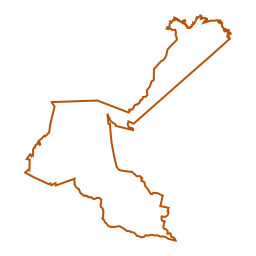 outline of Marín, Nuevo León, Mexico
{"feature_id": "50627088B14710465846711", "entity_name": "Marín", "entity_type": "district", "adm_level": 2, "iso_a3": "MEX", "parent_name": "Mexico", "parent_adm1": "Nuevo León", "projection": "natural_earth1", "projection_center": [-99.927, 25.886], "detail": "fine", "context": "isolated", "style": "outline", "palette": "amber", "viewbox_px": 256, "rotation_deg": 0, "n_neighbors": 0, "source": "geoboundaries", "source_scale": "gbopen_adm2", "svg_char_len": 5789}
<svg xmlns="http://www.w3.org/2000/svg" viewBox="0 0 256 256"><path d="M175.6,240.6L174.9,238.9L174.5,238.4L173.6,237.7L171.4,236.6L171.1,236.0L170.8,234.1L170.7,233.7L170.5,233.3L169.8,233.3L168.2,233.8L167.5,233.8L167.4,233.5L167.6,232.0L167.5,230.8L166.4,229.6L165.6,229.1L164.7,229.0L163.9,228.5L163.5,228.0L163.3,227.5L163.3,226.8L163.6,226.0L163.8,224.1L164.4,222.6L164.7,221.4L164.3,221.1L163.7,221.1L163.3,221.3L162.8,221.1L162.4,220.9L162.0,220.5L161.5,219.1L161.6,218.7L161.5,217.0L161.8,216.4L162.0,216.3L162.4,216.4L163.7,216.8L165.4,216.7L166.6,216.1L167.5,215.2L168.1,214.1L168.4,212.4L168.4,211.5L167.6,211.3L168.5,207.8L167.4,207.7L166.4,207.3L160.3,206.1L162.8,195.6L159.7,194.3L158.3,193.4L156.6,193.1L153.3,192.8L152.1,194.1L150.7,193.9L149.1,191.2L148.4,190.3L148.3,190.0L147.0,188.0L145.4,186.2L144.9,185.1L144.5,182.6L143.4,181.4L141.6,181.1L141.3,178.7L142.2,178.5L142.2,178.2L139.8,176.0L139.6,176.0L138.7,176.3L136.4,176.0L134.7,174.2L131.6,171.6L130.1,171.8L126.4,171.3L121.4,170.6L119.1,169.9L116.7,167.0L114.2,156.7L111.5,142.2L110.1,126.8L110.0,123.8L108.4,123.8L107.6,115.4L107.3,113.6L107.8,115.0L108.6,116.5L108.8,117.4L109.5,118.0L109.8,119.5L110.5,120.7L111.6,121.9L112.3,122.2L112.8,122.8L115.2,124.0L115.6,124.7L115.7,125.2L115.7,125.9L133.1,130.1L133.1,129.1L132.8,128.6L131.0,127.7L130.3,127.9L129.6,127.9L128.6,126.6L128.0,125.1L127.6,124.0L127.8,123.4L128.5,122.1L128.5,121.4L133.6,123.7L192.0,72.2L210.1,56.4L229.7,38.8L228.9,38.5L228.7,38.3L228.7,37.9L229.3,36.9L229.2,36.5L228.9,36.5L228.2,36.8L227.5,36.9L227.3,36.8L227.3,36.3L227.7,35.2L228.0,34.8L228.8,34.1L229.3,33.9L230.0,34.1L230.8,33.7L230.7,33.4L230.1,32.7L229.5,32.4L229.1,32.6L227.9,33.8L227.7,33.8L227.6,33.3L227.7,32.3L227.8,32.0L228.3,31.7L228.6,31.2L228.8,30.4L228.8,30.0L228.6,29.8L228.0,29.8L226.2,31.2L225.4,31.4L224.9,31.4L224.0,30.7L223.9,30.4L224.1,30.0L225.3,29.7L225.8,29.3L225.8,29.2L225.6,28.9L225.2,28.7L224.2,29.3L223.9,29.2L223.4,28.6L223.1,27.7L222.3,26.5L221.9,26.2L221.8,25.2L222.3,23.0L222.2,22.7L221.9,22.5L221.2,23.2L220.9,23.4L220.6,23.4L220.1,23.3L219.5,22.8L218.9,22.6L218.6,22.4L219.0,21.8L219.9,22.1L220.4,21.9L220.6,21.2L220.5,20.8L220.2,20.5L219.9,20.3L218.7,20.3L217.7,20.9L217.5,20.4L216.6,20.2L214.6,20.7L212.4,20.7L211.4,20.5L207.3,21.7L203.4,22.9L205.5,19.9L207.2,20.0L206.9,18.7L205.0,18.1L203.9,17.9L201.9,18.1L201.8,18.8L200.9,18.9L201.6,16.2L200.3,15.4L198.2,17.7L197.0,17.2L196.9,18.2L196.2,18.5L196.4,19.4L194.2,23.5L193.1,22.8L193.1,24.2L192.1,24.7L192.3,25.8L191.7,26.5L191.4,26.3L190.7,26.7L190.9,27.2L190.5,27.6L189.7,27.5L189.6,28.0L187.3,27.8L187.4,26.6L187.1,26.0L186.0,25.9L186.1,24.7L185.4,23.9L184.5,24.1L183.4,22.7L185.3,21.1L184.9,20.2L182.9,20.8L182.7,22.4L182.4,23.0L181.2,21.8L180.1,21.6L179.5,20.4L178.9,21.0L178.1,20.7L177.6,19.0L177.1,18.7L176.2,19.7L175.7,19.6L175.3,17.9L174.3,17.5L174.1,18.9L173.7,19.7L173.9,20.2L173.1,20.0L171.6,22.2L171.1,21.6L170.2,21.5L170.9,22.9L169.8,23.6L169.5,26.6L167.3,27.2L167.4,28.2L166.8,28.7L168.2,29.2L169.7,28.4L171.0,28.8L171.3,29.6L172.7,29.9L175.3,29.7L176.0,32.8L175.5,34.4L176.6,37.7L176.9,39.8L170.5,46.2L167.5,49.5L166.3,55.3L164.6,58.7L163.5,59.8L162.7,60.4L161.0,61.3L158.5,64.0L153.9,69.2L153.8,78.5L153.9,78.9L153.8,79.5L153.4,80.5L152.3,80.8L151.7,81.5L151.0,82.5L150.7,84.0L149.6,87.0L148.7,88.0L147.3,89.7L147.0,90.3L146.9,92.9L147.4,94.4L147.2,95.3L146.6,95.9L146.3,96.1L145.9,96.7L145.5,96.7L145.2,96.9L144.6,96.8L143.1,97.0L142.8,98.2L142.5,98.6L142.2,99.4L141.9,99.8L140.9,100.2L140.3,100.2L140.1,100.4L140.0,101.6L139.5,102.9L138.9,103.1L138.3,103.5L138.2,103.8L137.7,103.8L137.4,103.9L137.2,104.5L136.3,104.7L135.8,104.6L134.2,105.8L134.1,106.7L133.5,107.3L133.1,108.6L132.7,109.0L131.7,109.7L130.2,109.4L129.2,109.7L129.2,110.1L129.7,111.5L128.6,112.5L97.3,100.5L51.8,102.1L52.5,103.6L54.6,106.5L50.2,124.4L49.2,132.4L48.0,133.4L47.5,134.2L45.1,136.3L44.5,135.7L40.5,139.6L38.9,140.8L40.0,143.6L40.2,144.6L39.8,144.9L37.7,142.7L37.3,143.9L36.2,144.9L35.2,145.5L35.1,147.0L34.9,147.3L34.7,147.8L34.3,147.7L34.1,147.8L34.2,148.0L33.0,149.4L33.2,153.5L32.8,154.4L32.8,154.8L32.6,154.5L31.5,156.3L30.1,154.3L27.3,158.2L26.8,159.1L29.7,159.6L29.4,170.1L28.7,169.4L25.2,172.5L33.9,177.3L48.0,183.8L48.6,184.1L50.4,183.4L51.2,185.1L51.8,184.8L51.8,185.0L55.5,183.1L55.7,185.5L74.6,178.7L74.2,180.3L74.7,182.2L74.7,183.1L74.5,184.2L74.6,184.6L75.2,185.4L75.7,186.6L76.6,187.6L77.5,188.3L79.1,189.3L79.1,189.6L78.9,189.9L79.3,190.3L79.9,191.6L80.1,192.6L80.6,192.9L81.4,193.9L82.5,194.4L83.3,195.4L84.2,195.8L85.2,195.4L85.3,195.5L85.1,195.7L85.6,195.9L87.6,196.1L87.8,196.3L87.7,196.8L88.2,197.2L88.7,197.1L90.2,197.4L90.5,197.3L90.8,197.1L91.1,197.1L91.6,197.7L92.0,197.9L92.1,198.2L92.8,198.3L93.7,199.0L94.4,199.0L95.4,198.7L96.9,197.8L98.0,198.0L99.0,197.9L100.3,198.5L101.0,199.6L101.2,200.3L101.1,202.8L100.6,204.7L100.6,205.6L101.1,207.1L102.4,208.2L102.8,209.1L102.8,209.6L103.3,210.7L103.4,211.3L103.2,211.7L103.2,212.6L103.5,213.2L103.1,214.4L103.0,217.1L102.7,218.0L102.4,218.3L102.5,218.7L102.7,219.1L103.8,219.7L104.0,220.3L104.3,220.7L104.6,221.6L104.9,222.1L107.4,224.6L107.9,225.6L109.7,226.7L110.7,226.6L110.8,226.6L110.9,226.8L111.5,227.0L112.8,226.8L113.7,227.1L116.2,226.7L118.2,226.2L119.9,226.3L121.8,227.5L122.8,227.9L124.3,229.1L125.2,229.5L125.7,230.3L127.7,231.2L128.4,231.1L129.3,231.3L130.1,231.3L131.0,232.0L133.6,232.5L135.5,234.0L136.0,234.8L136.4,235.1L137.0,235.9L138.4,236.2L138.8,236.4L139.6,236.5L141.2,237.2L142.7,237.1L144.3,236.6L144.9,236.4L145.4,235.4L146.4,235.2L147.6,235.5L148.0,235.7L148.7,235.6L150.4,234.9L152.2,234.9L154.1,235.4L156.9,235.3L157.9,235.5L159.4,236.0L160.2,236.7L162.1,236.4L163.4,236.6L164.4,236.7L165.4,236.8L166.4,237.3L167.7,238.5L170.7,239.4L175.6,240.6Z" fill="none" stroke="#b45309" stroke-width="2"/></svg>